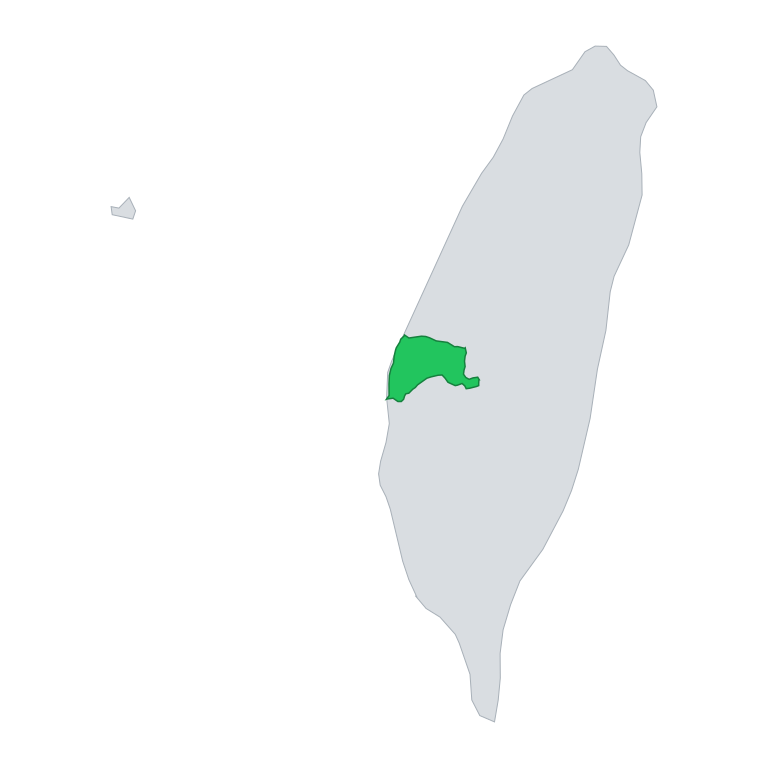 Taiwan, with Yunlin highlighted
{"feature_id": "TWN-1176", "entity_name": "Yunlin", "entity_type": "County", "adm_level": 1, "iso_a3": "TWN", "parent_name": "Taiwan", "parent_adm1": "", "projection": "equal_earth", "projection_center": [120.426, 23.673], "detail": "fine", "context": "in_parent", "style": "filled", "palette": "green", "viewbox_px": 768, "rotation_deg": 0, "n_neighbors": 0, "source": "natural_earth", "source_scale": "10m", "svg_char_len": 1756}
<svg xmlns="http://www.w3.org/2000/svg" viewBox="0 0 768 768"><path d="M519.9,581.0L510.6,604.7L503.1,629.8L500.1,653.5L500.3,678.0L498.2,700.1L494.5,721.9L479.8,715.6L471.8,700.0L470.0,674.3L459.3,643.3L455.3,634.4L440.0,617.1L426.1,608.5L415.3,595.7L416.7,596.7L408.8,579.5L402.7,561.2L390.3,509.2L386.0,496.7L380.2,485.2L378.6,473.9L380.6,461.3L386.0,442.5L389.3,423.6L386.6,397.8L387.7,372.4L391.7,361.0L462.4,206.2L481.6,173.3L493.3,157.2L503.1,139.0L512.5,116.0L523.9,95.0L532.1,88.5L572.4,69.7L585.0,51.7L595.1,46.1L606.5,46.4L613.9,55.0L620.5,65.2L627.5,70.7L645.4,80.6L653.3,90.2L656.9,106.8L646.1,122.6L640.7,136.7L639.8,152.4L641.8,173.7L642.1,195.0L628.7,245.0L614.1,276.3L610.2,291.8L605.9,330.5L597.4,369.3L590.1,418.5L578.3,469.3L571.5,490.6L563.1,510.9L542.8,549.4L519.9,581.0ZM129.2,197.4L135.6,210.8L132.8,219.1L112.2,214.7L111.1,206.6L118.9,208.1L129.2,197.4Z" fill="#d9dde1" stroke="#a8b0b8" stroke-width="1"/><path d="M386.5,399.2L389.1,395.5L389.0,384.0L389.4,375.4L391.0,368.5L393.5,363.1L394.2,356.0L395.6,349.9L396.3,347.8L399.8,342.1L400.4,340.2L400.8,339.1L404.0,336.1L404.5,335.0L408.9,338.0L421.4,336.2L425.7,336.5L429.6,337.8L436.2,340.9L447.5,342.4L454.4,346.7L457.7,346.6L464.6,348.3L465.2,347.8L466.3,352.9L465.1,356.2L464.5,361.2L465.1,366.6L464.0,370.2L463.5,374.2L465.8,377.5L469.1,379.3L473.0,377.9L477.7,377.2L479.2,379.7L478.9,379.7L478.7,383.2L478.7,385.6L476.5,386.5L469.8,388.2L466.2,388.7L464.8,385.9L462.1,383.5L457.3,385.2L455.2,385.6L448.0,382.3L445.1,378.2L442.1,375.0L438.2,375.2L431.0,376.9L426.9,378.2L417.5,384.9L415.3,387.5L412.8,389.2L408.8,393.2L405.8,393.8L404.6,395.9L403.6,399.3L401.3,401.5L397.9,401.5L393.1,398.2L387.1,399.0L386.5,399.2Z" fill="#22c55e" stroke="#15803d" stroke-width="1.5"/></svg>